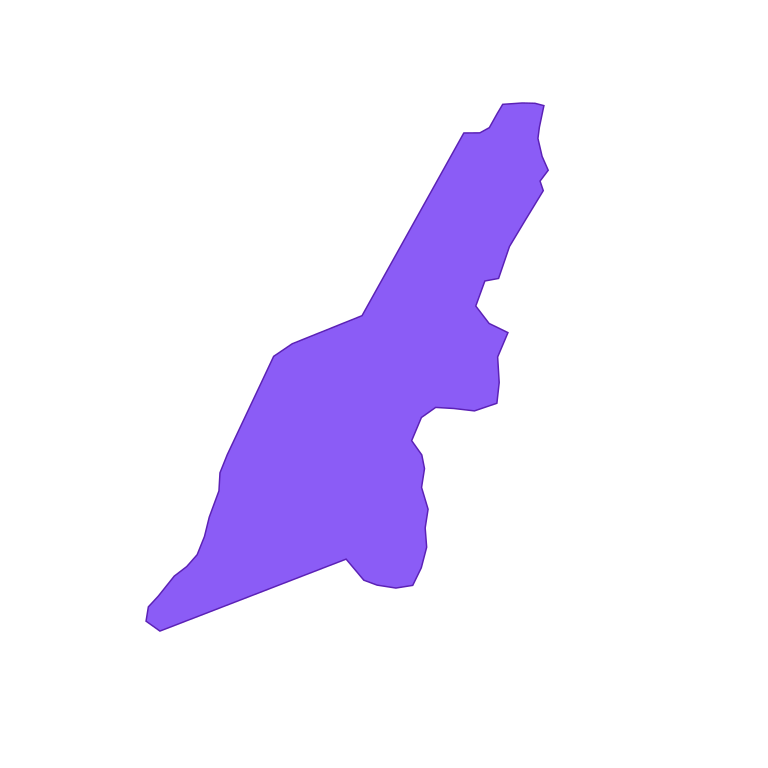 Belapais, Cyprus, rotated 116°
{"feature_id": "46923920B81569607832165", "entity_name": "Belapais", "entity_type": "district", "adm_level": 2, "iso_a3": "CYP", "parent_name": "Cyprus", "parent_adm1": "", "projection": "mercator", "projection_center": [33.345, 35.303], "detail": "fine", "context": "isolated", "style": "filled", "palette": "violet", "viewbox_px": 768, "rotation_deg": 116, "n_neighbors": 0, "source": "geoboundaries", "source_scale": "gbopen_adm2", "svg_char_len": 872}
<svg xmlns="http://www.w3.org/2000/svg" viewBox="0 0 768 768"><g transform="rotate(116 384 384)"><path d="M123.4,422.3L332.2,433.7L388.0,484.1L407.5,495.3L435.4,494.9L516.2,493.9L535.7,492.5L552.4,485.5L566.4,484.1L580.3,482.7L599.8,478.5L619.3,477.1L634.6,481.3L648.6,488.3L673.7,493.9L687.6,498.1L701.5,493.9L704.3,477.1L558.0,341.3L569.2,316.1L567.8,302.1L562.2,283.9L552.4,269.9L532.9,269.9L512.0,274.1L495.3,283.9L477.2,289.5L460.5,304.9L442.3,310.5L431.2,318.9L422.8,334.3L397.7,335.7L382.4,327.3L375.4,310.5L368.5,290.9L351.8,274.1L332.2,281.1L309.9,293.7L283.5,295.1L283.5,316.1L273.7,335.7L247.2,338.5L238.9,327.3L205.4,331.5L173.4,328.7L140.4,325.6L133.2,332.7L119.9,330.1L110.1,341.7L95.8,353.3L85.1,356.9L63.7,362.3L65.5,371.3L70.8,382.9L80.6,399.9L91.3,400.8L107.4,401.7L116.3,408.0L123.4,422.3Z" fill="#8b5cf6" stroke="#5b21b6" stroke-width="1.5"/></g></svg>